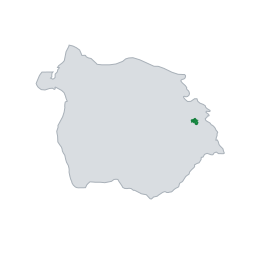 Resita, Caras-Severin, Romania shown in context, rotated 193°
{"feature_id": "2599482B11071045688539", "entity_name": "Resita", "entity_type": "district", "adm_level": 2, "iso_a3": "ROU", "parent_name": "Romania", "parent_adm1": "Caras-Severin", "projection": "mercator", "projection_center": [21.973, 45.299], "detail": "fine", "context": "in_parent", "style": "filled", "palette": "green", "viewbox_px": 256, "rotation_deg": 193, "n_neighbors": 0, "source": "geoboundaries", "source_scale": "gbopen_adm2", "svg_char_len": 4624}
<svg xmlns="http://www.w3.org/2000/svg" viewBox="0 0 256 256"><g transform="rotate(193 128 128)"><path d="M196.1,145.0L198.3,148.1L201.2,149.7L207.7,151.5L208.2,151.3L208.3,151.0L207.9,150.5L207.8,149.9L208.1,149.2L209.0,149.2L210.5,149.8L213.3,148.9L217.4,146.4L221.2,145.9L224.6,147.4L226.4,149.1L227.5,150.7L227.2,152.7L227.0,153.9L226.1,159.1L225.4,161.0L224.4,163.1L213.7,165.7L214.4,164.4L214.2,162.3L213.7,160.7L214.7,159.2L212.3,158.7L211.2,159.5L210.4,160.9L211.1,164.1L210.0,165.9L209.5,166.9L209.5,169.2L208.8,170.2L208.6,171.4L210.3,171.1L209.6,173.1L206.4,177.0L205.2,179.3L205.5,188.4L204.1,193.9L204.0,195.5L200.6,195.5L199.6,195.4L196.3,194.6L192.7,193.1L190.6,190.3L189.2,188.3L186.2,189.2L185.6,189.0L184.7,188.0L182.4,187.4L179.6,187.4L173.2,183.7L172.5,183.1L167.4,183.7L159.9,185.5L154.1,187.7L148.2,191.7L145.8,194.8L143.0,196.4L139.0,197.6L131.9,197.1L124.5,195.6L116.6,194.0L112.3,194.9L106.5,194.2L97.7,192.2L91.2,191.6L84.8,192.8L83.7,191.9L83.5,190.9L83.7,189.5L84.6,188.3L86.2,187.5L87.0,186.6L87.1,185.7L85.3,184.2L81.7,182.2L80.3,181.0L79.9,180.7L79.8,179.6L79.1,178.7L77.7,178.0L76.6,176.9L75.8,175.2L76.0,173.6L77.1,172.1L78.5,171.4L80.2,171.6L80.9,171.2L80.6,170.2L78.9,168.8L75.9,167.2L72.8,168.1L69.7,171.5L67.4,172.0L66.0,169.7L63.5,168.4L60.0,167.9L57.8,167.1L57.0,165.7L55.4,164.7L52.0,163.6L51.9,162.6L52.5,162.3L53.7,162.2L55.3,162.0L55.6,161.4L55.6,160.9L54.3,160.2L53.0,159.7L52.4,159.3L51.9,158.7L51.8,158.2L52.2,157.8L52.7,157.8L53.3,157.5L53.5,156.2L54.2,155.2L54.8,154.8L54.7,154.1L54.2,153.3L53.5,152.7L52.4,152.3L49.2,151.3L47.5,149.8L46.5,149.7L44.9,148.9L43.2,147.6L41.7,145.7L40.1,144.5L39.7,144.0L39.6,143.5L39.9,143.0L39.9,142.4L39.5,140.6L39.8,138.7L39.7,136.8L39.7,136.0L39.4,135.8L39.1,136.0L38.7,136.4L38.3,136.4L37.1,135.1L35.6,132.4L34.6,131.5L32.6,130.2L30.9,129.2L29.7,126.9L28.5,125.2L29.3,124.4L34.1,123.4L36.3,124.4L37.3,124.0L38.3,123.2L38.8,122.5L38.9,121.8L39.4,121.0L41.0,120.6L45.2,121.1L47.0,119.9L47.6,119.2L48.0,117.7L48.4,116.5L50.0,115.9L49.9,114.8L49.7,113.7L50.6,111.0L51.1,109.9L52.0,109.5L53.1,108.7L54.9,107.0L54.4,105.5L54.8,104.4L56.7,101.6L58.1,99.0L58.1,97.7L58.3,96.5L59.6,95.3L60.9,93.6L62.7,88.5L63.3,87.6L64.5,86.6L65.3,85.6L65.4,82.2L66.2,81.3L67.8,80.1L69.3,78.4L70.6,76.3L71.6,75.3L72.8,75.0L74.2,74.2L75.8,73.9L77.3,74.3L78.2,74.1L79.7,73.1L83.4,69.2L83.9,68.4L84.6,67.9L87.6,66.5L88.4,65.2L89.4,64.0L90.7,64.1L95.1,67.1L99.7,66.9L100.6,67.0L100.8,67.0L101.4,67.3L107.6,68.8L108.5,68.6L108.8,68.5L111.3,69.7L113.4,69.5L115.5,68.7L117.7,68.4L119.7,68.9L121.2,70.6L125.1,74.2L126.3,75.6L128.1,75.4L130.1,74.7L132.1,72.3L138.3,69.5L143.0,68.9L147.7,67.8L153.0,67.0L154.6,64.7L155.4,63.2L156.0,60.3L158.9,59.5L161.6,58.9L162.6,58.6L164.6,58.4L166.1,58.7L168.5,60.1L170.2,61.9L170.9,63.3L172.3,65.2L173.8,68.0L175.5,71.7L175.8,73.6L176.5,75.6L177.7,78.0L180.1,80.7L180.4,81.2L181.5,83.1L183.5,87.3L185.3,89.0L186.8,90.9L187.5,92.7L188.6,94.4L191.1,96.6L193.2,98.6L194.8,104.3L196.0,106.9L196.7,108.9L196.3,113.0L196.8,114.7L195.9,117.9L194.2,124.2L193.8,129.3L194.0,132.0L194.1,133.7L194.5,134.8L194.9,137.1L195.0,139.1L194.4,139.7L193.6,140.1L193.2,140.5L194.0,141.4L195.1,143.1L196.1,145.0Z" fill="#d9dde1" stroke="#a8b0b8" stroke-width="1"/><path d="M65.0,152.1L65.2,151.9L65.2,151.7L65.2,151.4L65.3,151.3L65.3,151.2L65.5,151.2L65.8,151.1L66.0,151.0L66.0,150.9L66.1,150.7L66.2,150.4L66.3,150.2L66.6,150.0L66.8,150.0L66.7,150.1L66.8,150.1L67.0,150.2L67.0,150.3L67.3,150.4L67.5,150.4L67.4,150.4L67.5,150.3L67.5,150.2L67.6,149.9L67.8,149.9L67.8,149.7L67.7,149.5L67.7,149.4L67.4,149.2L67.2,149.0L67.2,148.9L67.0,149.0L67.0,148.9L66.9,149.0L66.7,149.1L66.4,149.1L66.2,148.9L66.2,149.0L66.0,149.3L65.9,149.3L65.7,149.2L65.7,149.3L65.8,149.3L65.7,149.3L65.6,149.5L65.4,149.4L65.3,149.2L65.3,149.3L65.2,149.3L64.9,149.4L64.9,149.5L64.9,149.4L64.8,149.5L64.7,149.5L64.7,149.4L64.6,149.5L64.6,149.4L64.5,149.5L64.5,149.4L64.4,149.4L64.4,149.2L64.2,149.0L64.2,148.9L63.9,148.9L63.9,148.6L64.0,148.5L64.0,148.4L63.9,148.3L63.9,148.2L63.7,148.1L63.6,147.9L63.4,147.8L63.4,147.7L63.3,147.4L63.2,147.2L62.9,147.0L62.7,147.0L62.4,147.0L62.3,146.9L62.2,146.9L62.0,147.0L61.9,147.1L61.8,147.3L61.6,147.4L61.5,147.5L61.6,147.8L61.4,148.0L61.2,148.1L61.3,148.1L61.3,148.3L61.4,148.5L61.4,149.0L61.5,149.0L61.8,149.1L61.8,149.3L62.0,149.4L62.1,149.5L62.3,149.8L62.5,149.9L62.5,150.0L62.5,150.3L62.6,150.5L62.8,150.7L62.8,150.8L62.7,150.9L62.8,150.9L63.0,150.9L63.1,151.0L63.3,151.1L63.5,151.2L63.7,151.4L63.9,151.4L64.0,151.5L64.2,151.8L64.3,151.8L64.6,152.1L64.8,152.2L65.0,152.1L65.0,152.1Z" fill="#22c55e" stroke="#15803d" stroke-width="1.5"/></g></svg>